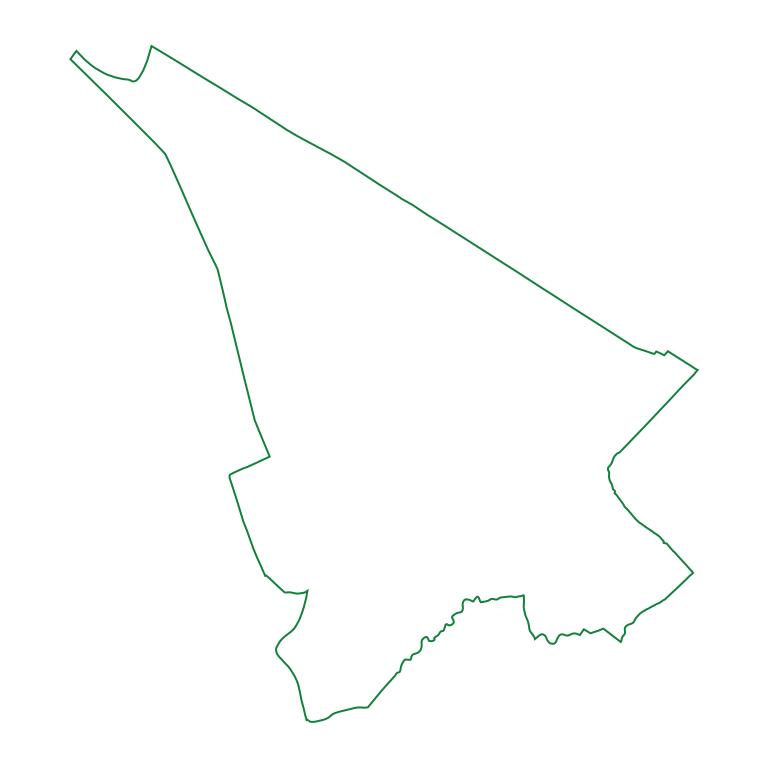 Thoi Binh, Cà Mau, Vietnam (Mercator projection)
{"feature_id": "81297802B72962934651760", "entity_name": "Thoi Binh", "entity_type": "district", "adm_level": 2, "iso_a3": "VNM", "parent_name": "Vietnam", "parent_adm1": "Cà Mau", "projection": "mercator", "projection_center": [105.181, 9.38], "detail": "fine", "context": "isolated", "style": "outline", "palette": "green", "viewbox_px": 768, "rotation_deg": 0, "n_neighbors": 0, "source": "geoboundaries", "source_scale": "gbopen_adm2", "svg_char_len": 6088}
<svg xmlns="http://www.w3.org/2000/svg" viewBox="0 0 768 768"><path d="M70.4,59.2L107.3,95.4L125.3,113.4L131.0,119.0L155.2,143.3L164.7,153.4L165.8,155.1L170.6,165.2L180.6,187.6L190.4,210.2L200.6,233.2L208.7,251.2L215.2,264.2L217.3,268.7L217.7,269.7L219.9,278.7L223.4,293.3L226.7,307.9L230.7,322.5L244.8,380.5L247.4,390.8L254.7,420.2L260.6,434.7L266.6,449.2L269.7,456.6L248.0,466.7L241.8,469.0L232.5,473.3L230.0,474.7L229.6,475.5L229.5,476.8L229.8,478.6L232.0,485.1L237.8,503.2L243.2,521.1L247.5,532.1L253.4,548.7L257.2,557.9L261.0,566.2L265.2,575.9L266.2,575.5L270.1,578.9L277.7,586.1L282.3,590.3L284.3,592.1L284.8,592.4L285.5,592.5L286.3,592.5L288.1,592.3L290.0,592.3L292.6,592.8L296.6,593.6L299.9,593.4L304.5,592.6L306.5,591.5L307.4,590.9L306.1,598.3L303.7,607.6L301.8,613.4L299.7,618.9L297.1,624.0L294.6,628.0L291.4,631.4L287.8,634.1L284.6,636.6L281.6,639.4L279.4,642.2L276.6,647.2L276.2,648.6L276.1,649.8L276.2,651.0L276.5,652.2L277.0,653.9L278.9,656.5L284.4,662.5L288.3,666.5L290.1,668.9L291.5,671.1L294.5,675.9L296.4,679.8L297.7,683.2L298.5,685.9L299.9,692.1L301.5,700.3L303.6,708.2L305.2,715.1L306.6,720.1L307.4,719.8L309.7,721.4L310.5,721.8L312.7,721.9L315.5,721.7L318.7,720.9L322.6,720.0L325.6,719.1L328.8,717.4L332.6,714.2L334.9,713.1L339.4,711.7L348.9,709.4L355.3,707.8L359.0,707.4L364.4,707.7L367.3,707.4L367.8,707.4L382.1,690.1L395.2,675.5L396.1,674.0L396.8,673.1L397.6,672.7L398.9,672.3L399.7,671.9L400.3,670.6L400.8,667.7L401.6,664.8L403.9,660.5L405.2,659.6L406.6,659.6L409.1,659.8L410.4,659.7L411.0,659.0L411.3,656.9L412.3,655.0L413.5,654.2L416.5,653.3L418.4,652.4L420.3,650.4L421.1,648.9L421.5,647.3L421.7,644.3L421.5,642.1L421.9,640.1L423.8,638.1L425.7,637.0L426.7,637.0L427.4,637.6L428.4,639.3L428.9,640.7L429.6,641.1L431.4,641.2L433.8,640.5L434.5,639.7L434.3,638.0L435.1,637.1L437.5,635.7L438.8,634.4L440.2,632.0L441.4,631.1L442.5,631.1L443.3,630.8L444.0,629.9L445.5,624.9L446.3,624.2L447.0,624.2L448.5,625.2L449.5,625.4L451.4,624.9L453.3,623.4L453.8,622.2L453.6,620.6L452.5,618.5L452.0,617.3L452.4,616.1L454.3,614.6L456.6,613.2L458.9,612.6L461.0,612.1L461.9,611.6L462.6,610.1L462.9,608.2L462.6,604.0L463.0,602.2L464.2,600.2L465.7,599.4L467.0,599.4L469.4,599.8L472.9,601.5L473.4,601.4L474.4,599.9L475.8,598.0L476.5,597.2L477.1,596.8L477.8,596.8L478.3,597.1L478.9,598.0L480.2,601.4L481.0,602.3L484.3,601.7L488.1,600.8L491.1,599.0L492.0,598.8L495.4,599.5L497.0,599.5L498.4,598.8L499.9,597.7L502.4,597.3L509.4,596.5L511.6,596.5L513.1,596.8L514.3,597.1L515.3,597.2L516.6,597.1L518.8,596.3L520.3,596.3L523.4,595.3L523.9,595.6L523.9,596.5L523.8,597.7L524.0,600.0L524.0,601.2L523.8,604.5L523.7,607.7L525.3,615.0L528.0,621.6L528.8,625.0L529.4,629.3L530.1,631.3L531.4,632.9L533.2,635.3L534.4,637.3L534.9,639.1L538.6,636.0L540.1,634.9L541.4,634.3L542.5,634.3L543.7,634.7L544.9,635.5L546.0,637.1L547.0,639.7L548.3,641.6L549.7,643.1L550.8,643.5L552.8,643.8L554.0,643.7L554.9,643.0L555.8,642.2L556.5,640.6L557.2,638.9L558.0,637.3L559.5,635.3L560.5,634.6L562.1,634.3L563.3,634.5L564.7,635.0L565.9,635.4L566.9,635.6L568.2,635.5L569.6,635.0L571.8,633.9L573.3,633.5L574.6,633.4L576.0,633.6L579.9,635.0L583.9,629.3L585.7,630.4L590.5,633.3L599.4,630.3L603.3,628.6L620.8,642.0L621.0,641.7L621.1,641.4L621.3,640.9L621.5,640.0L621.6,639.3L621.8,638.5L622.0,637.9L622.2,637.3L622.6,636.5L623.0,636.0L623.6,635.3L624.4,634.4L624.7,633.8L624.9,633.2L625.0,632.5L625.0,631.7L624.8,629.6L624.8,628.9L624.9,628.0L625.1,627.5L625.5,626.9L626.0,626.3L626.6,625.8L627.3,625.3L627.9,624.9L628.6,624.6L629.9,624.2L632.2,623.3L633.1,622.7L633.9,621.8L634.3,621.1L634.8,620.0L635.9,618.1L636.4,617.5L637.2,616.6L638.4,615.2L639.2,614.4L640.3,613.3L641.0,612.8L641.8,612.2L642.4,611.8L644.2,610.8L645.7,609.9L646.4,609.5L647.6,608.9L648.6,608.5L649.5,607.9L652.0,606.5L655.0,605.0L657.1,603.8L658.6,603.3L659.3,602.9L660.2,602.4L660.8,602.0L661.8,601.2L662.8,600.5L663.6,600.1L664.3,599.8L665.0,599.3L666.3,598.1L667.3,597.1L668.1,596.5L668.9,595.6L674.0,590.9L675.8,589.3L679.1,586.1L680.3,585.0L681.5,583.8L682.6,582.8L683.9,581.5L687.5,578.1L688.6,576.9L689.7,575.8L691.1,574.7L692.1,573.8L693.1,572.8L689.8,569.1L685.3,564.0L680.7,559.1L678.5,556.6L674.4,552.0L673.0,551.0L671.9,549.6L669.6,547.0L667.1,544.0L666.7,543.5L664.8,543.2L664.0,543.1L663.7,543.0L663.6,542.8L663.5,542.5L663.5,542.2L663.8,541.6L663.6,541.3L659.2,536.3L657.3,534.9L653.5,532.4L652.1,531.3L646.2,527.4L642.9,525.0L639.0,522.3L635.7,519.2L633.5,516.6L628.4,510.6L627.2,509.3L626.9,508.9L626.9,508.7L626.6,508.6L626.2,508.3L625.5,507.7L624.4,506.3L624.0,505.6L623.5,504.5L622.8,503.5L622.1,502.5L620.8,500.8L617.9,496.9L617.0,495.5L616.2,494.5L615.5,494.1L614.9,493.6L614.7,493.4L614.6,493.1L614.7,492.8L614.8,492.6L615.0,492.3L615.1,491.9L615.1,491.7L615.0,491.2L614.8,490.9L614.3,490.3L613.3,489.5L613.1,489.2L611.7,484.0L611.2,483.2L610.8,482.8L610.5,482.0L609.7,480.4L609.1,477.7L609.0,475.8L609.2,472.9L608.9,471.6L608.1,470.2L607.9,468.9L608.0,468.3L608.4,467.3L610.5,464.9L611.7,463.1L612.9,459.9L613.5,458.2L615.0,455.6L617.3,453.4L619.0,452.8L620.4,451.6L633.3,438.2L646.0,425.0L671.1,398.4L683.3,385.3L693.7,374.8L697.1,370.5L697.6,370.0L694.9,368.6L694.2,368.0L692.3,366.8L688.8,364.5L686.1,362.9L685.4,362.5L684.3,361.7L683.4,361.1L680.4,359.2L671.2,353.4L667.9,351.2L666.8,352.6L665.9,353.4L665.2,354.3L664.2,355.3L660.4,353.3L656.3,351.5L654.7,353.6L654.3,353.9L653.8,353.8L651.4,353.1L646.4,351.3L639.8,349.2L636.2,348.0L633.9,347.0L629.8,344.3L599.8,325.1L584.7,315.5L569.7,305.9L568.8,305.3L556.9,297.6L554.6,296.1L543.1,288.8L529.1,279.7L514.9,270.5L499.3,260.6L440.6,223.1L427.7,215.1L412.5,204.9L401.2,198.6L400.0,197.6L379.1,184.4L344.3,161.7L330.1,153.6L327.0,152.0L326.6,151.8L306.4,141.0L296.5,135.6L286.5,129.7L252.3,107.3L239.4,99.7L216.0,85.3L203.2,77.6L195.8,73.0L191.2,70.2L180.1,63.3L158.0,49.9L151.5,46.1L147.2,60.7L143.3,70.3L139.0,77.7L138.5,78.4L137.1,79.7L136.2,80.6L134.1,81.4L133.1,81.5L132.0,81.2L130.9,80.6L129.8,80.0L127.4,79.5L123.1,79.1L115.6,77.5L107.6,74.8L104.1,73.2L95.0,68.0L91.0,65.0L84.5,59.4L76.4,51.0L75.3,52.3L70.4,59.2Z" fill="none" stroke="#15803d" stroke-width="2"/></svg>